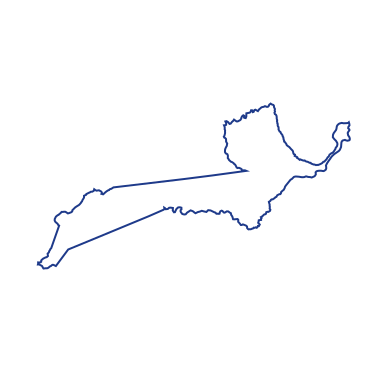 Sambaíba, Maranhão, Brazil, rotated 225°
{"feature_id": "56859067B71458423311280", "entity_name": "Sambaíba", "entity_type": "district", "adm_level": 2, "iso_a3": "BRA", "parent_name": "Brazil", "parent_adm1": "Maranhão", "projection": "orthographic", "projection_center": [-45.606, -7.398], "detail": "fine", "context": "isolated", "style": "outline", "palette": "blue", "viewbox_px": 384, "rotation_deg": 225, "n_neighbors": 0, "source": "geoboundaries", "source_scale": "gbopen_adm2", "svg_char_len": 6104}
<svg xmlns="http://www.w3.org/2000/svg" viewBox="0 0 384 384"><g transform="rotate(225 192 192)"><path d="M130.4,352.2L130.4,351.4L131.0,350.4L133.4,347.8L135.0,346.7L136.1,344.8L136.4,343.7L136.4,342.1L136.2,341.3L135.8,340.5L134.6,338.9L134.0,337.7L133.4,333.8L133.0,332.8L132.7,332.1L131.1,330.3L128.7,330.0L126.4,330.0L124.0,329.4L123.0,328.7L121.9,327.0L121.6,324.8L121.0,323.7L120.3,320.4L120.4,318.9L120.9,317.9L120.9,316.8L121.2,315.8L120.8,314.8L120.4,313.6L120.6,312.5L120.0,310.2L120.0,308.7L119.9,307.1L120.5,306.2L120.4,305.3L120.4,304.5L120.6,303.7L121.1,302.2L122.0,300.1L122.7,299.7L123.3,298.7L124.7,298.1L125.3,297.5L127.7,296.4L128.8,296.5L129.5,295.8L131.5,295.2L132.5,294.5L133.6,294.0L134.6,294.0L135.3,293.1L136.2,292.6L137.6,292.0L138.5,291.6L138.6,290.9L139.7,290.8L140.6,290.8L141.7,290.4L142.3,291.0L143.0,290.8L144.9,290.1L145.6,291.2L146.9,290.8L147.8,291.1L149.1,292.0L150.1,292.4L152.4,292.4L155.0,292.6L156.3,292.3L158.1,292.1L159.2,292.6L161.5,293.0L162.5,292.8L163.2,293.5L164.3,293.9L166.2,295.3L167.1,295.4L168.1,296.1L169.3,296.3L170.5,296.4L172.0,297.0L172.8,296.7L175.0,297.4L175.8,298.3L176.8,299.1L177.7,299.2L178.8,299.9L179.4,300.7L180.1,300.8L181.0,301.6L182.1,302.2L182.5,303.0L183.9,303.7L184.6,304.4L185.4,305.1L186.3,305.7L187.4,306.0L188.5,305.7L189.8,306.4L190.1,307.5L191.3,308.2L192.0,309.3L193.2,309.7L194.2,310.1L194.8,310.8L196.0,311.1L197.6,310.3L198.9,310.1L199.1,308.3L198.6,307.3L198.6,305.9L199.3,305.1L201.1,304.3L201.5,303.0L202.5,301.5L202.8,300.5L202.8,299.2L203.0,298.2L202.6,295.8L205.4,295.0L205.8,294.1L205.1,292.2L205.5,291.5L206.3,292.0L207.2,292.3L208.0,291.6L207.3,290.2L207.2,289.4L207.5,288.6L209.2,286.1L206.9,283.7L206.3,282.2L207.0,281.7L207.8,281.4L208.3,282.1L209.0,282.8L210.0,282.5L210.1,280.8L209.6,279.4L209.1,278.8L208.7,277.1L209.6,274.2L210.4,273.4L213.5,272.9L213.2,271.5L213.3,269.9L213.0,267.7L213.6,266.7L215.3,266.9L216.2,266.9L217.7,266.5L218.3,265.5L216.4,264.8L215.4,263.6L215.9,262.5L216.5,261.8L215.1,261.2L214.2,260.5L213.2,259.4L212.3,259.1L211.3,258.0L210.3,257.1L208.8,254.6L208.6,253.6L207.6,253.3L206.9,253.6L205.6,253.6L204.8,253.0L203.6,251.8L202.7,251.5L201.3,251.1L200.7,250.1L200.0,249.2L199.7,248.0L199.1,246.3L198.4,245.1L197.4,244.0L196.6,243.4L195.3,243.2L194.3,243.6L193.5,243.7L192.1,242.9L190.7,241.3L189.7,241.2L188.3,240.8L186.9,240.9L186.0,240.9L184.7,241.5L183.5,241.7L182.7,241.8L181.8,241.6L180.9,241.9L179.9,241.6L178.8,241.3L177.8,240.9L176.8,241.1L175.9,242.3L174.2,243.0L173.0,243.2L172.3,242.8L171.2,243.0L170.8,243.9L169.8,244.8L168.6,245.3L189.3,218.1L203.1,200.3L206.9,195.4L250.8,139.7L251.3,137.2L251.8,136.5L252.1,135.6L252.0,134.7L252.4,134.1L252.9,132.0L253.1,129.7L253.1,128.6L253.2,127.5L254.7,126.7L254.9,127.6L255.7,128.0L256.7,128.1L259.0,127.4L260.5,125.4L261.7,125.0L263.1,124.8L262.3,123.4L262.7,121.8L263.8,120.5L264.0,119.2L264.5,118.3L264.9,116.7L265.3,116.0L264.9,115.1L265.7,113.0L264.5,111.8L264.1,110.7L263.9,109.5L263.7,108.8L263.1,107.5L263.1,106.3L262.8,105.6L262.8,104.8L262.7,103.7L262.8,102.5L263.1,101.5L263.7,98.6L263.7,94.5L263.0,93.6L263.0,92.5L263.9,90.4L264.6,89.1L266.2,88.8L267.5,88.5L268.6,87.5L269.2,86.6L270.1,85.8L270.1,85.0L270.0,84.1L270.2,82.5L270.2,81.4L270.6,80.6L270.8,78.3L269.9,75.7L269.4,75.3L268.9,74.7L267.6,74.3L266.7,74.3L264.6,74.5L263.3,74.1L262.2,74.3L251.8,52.7L251.8,51.4L251.4,50.6L251.3,49.7L250.5,48.0L250.5,46.3L248.6,44.9L248.6,44.0L248.7,43.1L249.3,42.2L249.8,40.6L250.1,39.9L250.2,38.5L250.3,37.5L249.9,36.5L249.3,36.1L249.3,35.3L250.1,34.2L251.0,33.4L250.3,32.8L249.7,31.8L248.9,32.7L247.4,33.1L246.3,33.5L245.5,33.6L244.0,33.1L242.9,32.9L241.7,34.4L240.4,35.8L240.0,36.9L239.8,39.0L239.4,40.0L239.3,41.4L238.9,42.2L238.2,42.6L235.9,43.4L238.9,63.8L220.6,107.8L205.5,144.2L199.5,159.5L199.7,160.7L200.5,161.3L199.6,161.5L198.5,161.2L197.7,162.1L197.1,163.0L197.0,164.7L196.1,165.8L194.2,167.2L192.5,165.3L190.4,164.9L189.8,165.7L190.6,167.8L191.0,169.1L190.9,171.3L189.8,172.6L188.4,173.4L187.2,172.3L187.2,171.1L186.5,170.3L185.6,169.9L183.3,169.6L181.6,170.6L180.7,171.8L180.9,173.9L180.0,178.0L178.3,178.8L177.3,179.1L175.6,179.2L174.5,179.5L173.7,181.9L172.5,183.9L171.8,185.6L169.5,186.9L167.7,188.1L167.7,190.6L165.8,192.1L161.5,193.6L160.9,194.0L159.4,193.9L158.2,195.1L157.6,195.5L157.2,196.1L157.9,197.2L158.3,198.4L157.9,199.7L157.1,200.1L155.5,200.0L154.7,200.1L154.2,200.7L153.7,202.9L152.6,203.9L150.4,204.2L149.6,204.5L148.0,203.5L146.2,203.2L143.7,201.8L142.7,202.6L141.6,204.0L140.6,205.1L139.6,205.0L138.3,203.6L136.0,203.5L134.1,203.2L133.5,203.8L133.1,205.1L131.1,206.0L129.8,206.5L128.7,206.5L127.5,205.5L126.2,205.4L125.5,205.6L124.9,206.5L124.2,207.1L123.8,207.8L123.6,208.6L123.1,209.2L123.1,210.5L122.4,210.9L121.9,212.2L121.0,212.4L120.8,213.2L121.4,214.6L120.6,215.2L121.1,216.9L122.4,217.0L123.4,217.0L124.1,218.3L124.8,219.2L124.2,220.1L123.4,221.1L124.3,221.9L124.4,222.8L125.5,223.0L125.1,224.6L125.1,225.8L125.1,227.0L124.8,227.7L124.3,228.3L124.4,229.1L125.2,230.2L124.7,231.3L123.9,232.0L123.5,233.9L124.1,234.9L125.3,235.1L126.5,236.6L127.3,237.0L127.9,237.8L129.1,238.5L130.1,239.0L130.7,239.4L130.3,241.1L130.6,242.2L130.5,243.0L129.7,243.9L129.6,244.7L129.3,245.8L129.3,247.4L128.9,248.2L129.4,250.0L128.7,252.2L128.0,253.0L128.3,254.2L128.9,254.9L128.9,256.8L128.7,258.5L129.4,260.6L129.9,261.4L130.2,262.8L131.0,270.4L130.6,271.8L130.6,274.7L129.9,276.0L129.1,276.8L127.2,278.4L125.1,279.9L124.2,280.7L123.2,281.9L122.4,283.7L121.6,284.2L120.5,284.8L119.0,286.1L117.6,286.9L116.6,289.5L116.5,290.4L116.9,292.0L118.5,293.3L118.6,294.6L118.2,295.5L117.6,296.4L115.8,298.3L114.5,299.2L113.7,299.9L113.4,300.8L113.2,302.3L113.6,303.4L114.8,304.6L116.0,305.4L116.8,307.7L117.4,310.6L117.8,313.3L118.2,315.1L118.3,316.6L118.2,319.4L117.2,324.8L117.3,326.4L118.4,329.2L121.3,332.6L121.8,333.6L121.9,334.9L121.1,336.3L120.7,337.0L119.6,337.4L118.3,338.2L117.4,339.7L117.4,340.5L118.4,341.5L119.6,342.1L121.7,342.5L123.6,343.8L124.0,344.8L124.4,347.1L125.0,347.5L126.6,347.5L127.4,348.5L127.8,350.5L128.9,351.4L130.4,352.2Z" fill="none" stroke="#1e3a8a" stroke-width="2"/></g></svg>